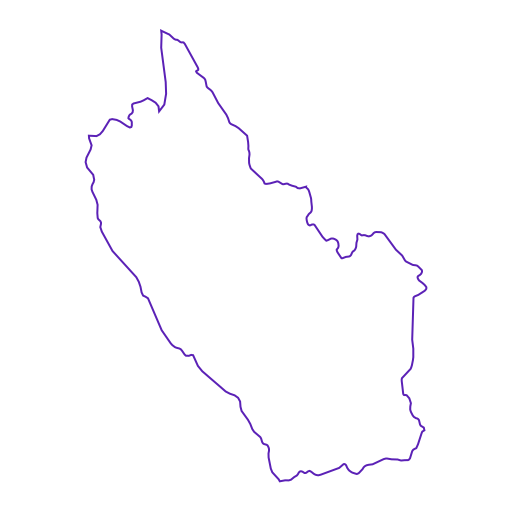 the Province of Kanchanaburi
{"feature_id": "THA-399", "entity_name": "Kanchanaburi", "entity_type": "Province", "adm_level": 1, "iso_a3": "THA", "parent_name": "Thailand", "parent_adm1": "", "projection": "natural_earth1", "projection_center": [99.171, 14.699], "detail": "fine", "context": "isolated", "style": "outline", "palette": "violet", "viewbox_px": 512, "rotation_deg": 0, "n_neighbors": 0, "source": "natural_earth", "source_scale": "10m", "svg_char_len": 5391}
<svg xmlns="http://www.w3.org/2000/svg" viewBox="0 0 512 512"><path d="M159.1,111.4L164.3,104.6L166.1,93.8L165.7,82.1L161.2,47.7L161.6,34.5L161.2,30.7L167.5,33.7L169.3,34.5L173.8,38.7L175.2,39.5L176.2,39.8L176.9,39.7L177.8,40.1L180.4,42.1L181.4,42.4L182.2,42.4L182.9,42.3L183.6,42.5L184.8,43.9L197.8,67.5L198.3,69.0L198.2,69.9L197.7,70.3L196.5,70.9L196.3,71.1L196.1,71.3L196.3,71.8L196.9,72.8L204.0,78.1L204.6,78.8L205.2,79.7L205.7,81.6L206.5,85.8L206.7,86.6L207.3,87.4L208.3,88.3L210.2,89.7L211.4,90.8L212.5,92.2L218.2,103.1L226.3,114.6L228.0,118.1L229.3,122.1L229.9,123.1L231.1,124.1L235.5,126.1L238.7,128.2L247.1,135.7L248.1,142.0L248.4,145.9L248.3,148.7L248.4,149.6L248.7,150.4L249.0,151.0L249.4,152.7L249.5,154.5L249.4,155.4L249.0,158.2L249.1,163.0L249.5,164.8L250.5,167.8L250.8,168.4L251.1,168.8L262.0,178.9L262.7,179.7L263.8,181.5L264.2,182.5L264.5,183.4L265.3,183.8L266.7,183.9L270.0,183.4L275.8,181.8L276.5,181.5L277.4,181.4L278.5,181.7L282.1,183.9L282.8,184.2L283.8,184.2L285.4,183.8L286.6,183.6L287.7,183.7L289.1,184.6L292.0,185.7L295.4,186.6L296.2,186.9L296.6,187.3L297.7,188.1L299.9,188.4L306.0,186.7L305.9,187.2L307.7,188.9L308.1,189.3L308.8,190.6L309.4,192.4L311.0,198.1L311.2,199.6L311.3,201.5L311.9,206.9L311.9,208.9L311.6,210.7L311.3,211.5L310.9,212.1L310.4,212.7L309.4,213.5L308.9,214.0L308.5,214.5L307.7,215.8L306.8,217.0L306.6,217.7L306.5,218.4L306.7,220.2L307.1,222.0L307.4,222.9L307.9,224.1L308.5,224.8L309.6,225.4L310.4,225.3L311.7,224.6L312.4,224.5L313.2,224.4L314.0,224.6L314.6,225.0L322.5,236.8L324.8,239.3L326.3,240.7L327.8,240.2L331.0,238.6L331.7,238.5L332.5,238.5L333.4,238.6L334.7,239.1L336.0,239.8L337.2,240.8L337.8,241.8L338.3,243.3L338.6,245.8L338.4,247.0L338.0,248.0L336.7,249.6L336.8,250.7L337.5,252.3L341.3,258.0L341.8,258.3L342.5,258.2L345.9,256.9L349.1,256.5L349.8,256.2L350.3,255.8L350.8,255.3L351.2,254.7L351.8,253.2L352.6,251.8L353.0,251.4L354.2,250.6L354.7,250.0L355.1,249.5L355.7,248.2L356.0,247.4L356.2,246.5L356.4,243.5L356.5,242.6L357.2,240.3L357.4,239.4L357.2,235.8L357.4,234.9L357.6,234.2L358.2,233.7L358.8,233.7L359.5,233.9L360.1,234.3L361.2,235.1L361.8,235.4L362.4,235.3L363.9,235.1L365.4,235.3L366.8,235.9L368.3,236.3L369.1,236.3L369.8,236.1L370.5,235.9L371.1,235.6L371.7,235.2L372.7,234.2L373.6,233.1L374.2,232.7L374.8,232.3L376.3,232.0L380.5,232.2L381.4,232.3L382.7,232.9L384.0,233.7L384.5,234.1L395.9,249.7L402.0,255.4L402.5,256.1L404.9,260.3L405.5,261.0L406.0,261.5L412.5,264.8L413.2,265.0L415.8,265.3L417.2,265.7L418.3,266.6L421.8,270.1L422.0,270.9L422.0,271.9L421.2,273.7L420.4,274.5L419.7,275.1L418.5,275.8L418.0,276.2L417.6,276.9L417.6,277.7L418.1,279.0L418.6,279.8L419.1,280.5L422.5,283.0L424.6,284.9L425.9,286.5L426.3,287.1L426.4,288.0L426.2,289.0L425.2,290.3L424.4,291.0L418.3,294.9L414.9,296.3L414.3,296.7L413.8,297.2L413.5,297.8L412.2,339.7L413.3,348.7L413.3,357.2L412.9,360.3L411.9,365.3L411.2,367.5L410.6,368.9L402.0,378.1L401.7,379.2L401.7,380.8L403.2,393.7L403.5,394.5L404.0,395.0L404.9,395.1L405.7,395.0L406.7,395.3L409.3,398.3L410.9,403.2L410.3,406.4L410.2,409.4L410.5,410.7L411.1,412.3L412.7,415.4L413.9,416.9L416.0,418.2L417.2,418.5L418.2,419.1L419.0,420.2L420.0,424.4L420.7,425.7L423.8,427.6L424.4,430.3L422.3,431.6L421.6,433.2L418.0,444.3L416.3,448.1L416.0,448.3L414.8,448.8L413.4,449.6L412.7,450.4L412.2,451.2L410.0,458.3L409.1,459.5L408.1,460.1L404.4,460.2L401.4,460.5L400.6,460.4L397.6,459.5L391.6,459.3L386.8,458.5L386.0,458.5L383.7,459.1L372.6,464.3L368.6,464.8L366.5,465.3L365.4,465.9L364.6,466.4L363.6,467.4L362.5,469.2L358.9,473.0L357.7,473.7L356.8,474.0L356.0,473.8L352.3,472.6L351.1,471.9L349.3,470.6L348.4,469.6L347.6,468.4L347.2,467.8L346.3,465.7L345.9,465.0L345.3,464.4L344.2,464.0L343.5,464.2L339.2,467.9L320.7,474.7L318.3,475.3L317.5,475.2L316.0,474.9L314.6,474.3L313.4,473.5L312.3,472.6L311.8,472.2L310.5,471.3L309.5,470.9L308.6,471.2L307.7,471.6L306.4,472.7L305.4,473.0L304.5,473.0L302.5,471.7L301.3,471.3L300.4,471.3L299.8,471.6L298.8,472.5L298.1,473.9L297.2,475.1L296.7,475.6L294.3,477.0L291.0,479.7L289.7,480.1L288.7,480.4L285.2,480.3L279.8,481.3L278.7,479.3L272.3,472.3L270.8,468.6L268.6,457.5L268.5,453.5L269.0,450.8L269.0,449.0L268.6,447.5L267.6,445.5L266.7,444.8L263.9,444.0L262.9,443.3L262.1,441.9L261.1,438.5L260.3,437.1L254.1,431.8L252.3,429.1L250.3,424.0L247.9,419.7L241.6,411.0L240.5,406.8L240.1,401.5L238.1,397.8L234.6,395.3L229.9,393.7L225.7,391.5L202.3,371.3L197.9,365.9L193.1,355.2L191.2,354.9L188.9,355.8L185.9,355.7L184.6,354.5L182.0,350.7L180.7,349.2L179.3,348.5L176.3,347.7L174.9,347.1L172.3,345.1L170.7,343.3L161.7,330.3L148.0,298.3L145.5,296.7L143.1,295.6L141.6,292.4L140.5,286.8L138.8,281.8L136.3,277.2L112.5,251.0L101.8,231.6L100.3,227.1L101.0,223.8L101.0,222.6L100.4,221.2L98.3,219.2L97.7,218.0L97.3,213.1L97.6,204.8L96.3,199.8L92.4,191.8L91.6,189.4L91.6,188.2L91.7,186.4L92.5,184.2L93.6,182.2L94.2,179.8L93.2,174.8L93.1,174.7L87.1,167.5L85.6,162.1L86.5,157.6L90.6,149.5L91.6,145.3L90.4,142.0L89.1,138.4L88.9,135.7L94.9,136.0L96.5,136.1L99.9,134.3L102.8,131.0L109.8,119.7L112.2,119.1L116.6,119.9L120.2,121.5L127.0,126.1L129.9,127.5L131.3,127.0L131.8,125.5L131.8,122.0L131.2,120.6L130.1,119.6L128.9,118.8L128.4,118.2L128.6,117.0L129.1,115.8L129.6,115.0L129.8,114.7L131.6,113.6L132.6,112.3L132.9,110.3L132.1,106.4L132.2,104.5L133.5,103.5L140.6,101.7L143.7,100.3L147.5,98.1L151.5,100.1L155.6,102.7L158.5,106.3L159.1,111.4Z" fill="none" stroke="#5b21b6" stroke-width="2"/></svg>